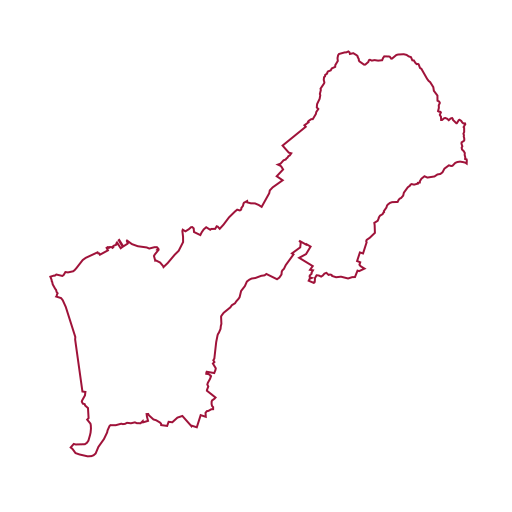 outline of Vadu Crisului, Bihor, Romania, rotated 184°
{"feature_id": "2599482B52238792704347", "entity_name": "Vadu Crisului", "entity_type": "district", "adm_level": 2, "iso_a3": "ROU", "parent_name": "Romania", "parent_adm1": "Bihor", "projection": "albers", "projection_center": [22.467, 46.953], "detail": "fine", "context": "isolated", "style": "outline", "palette": "rose", "viewbox_px": 512, "rotation_deg": 184, "n_neighbors": 0, "source": "geoboundaries", "source_scale": "gbopen_adm2", "svg_char_len": 6021}
<svg xmlns="http://www.w3.org/2000/svg" viewBox="0 0 512 512"><g transform="rotate(184 256 256)"><path d="M178.1,466.5L180.2,465.4L181.7,465.3L187.3,463.3L188.1,462.0L188.5,459.1L188.0,456.3L190.2,452.0L190.2,450.2L193.5,448.4L194.4,446.4L197.1,445.1L197.7,444.0L197.8,442.9L199.6,441.5L199.7,440.0L200.6,439.1L200.7,436.4L199.9,433.9L200.1,433.0L203.3,427.4L202.9,426.1L203.6,422.1L203.1,420.9L203.5,417.2L205.6,412.0L205.7,410.9L205.7,408.4L204.1,407.0L205.9,403.9L206.2,401.8L208.9,396.5L210.4,396.4L212.7,394.6L213.4,393.8L212.9,393.1L216.8,389.8L215.4,388.4L237.2,368.0L230.5,361.4L228.0,360.9L229.3,358.7L230.7,357.8L231.5,356.2L232.5,355.4L233.1,354.3L235.2,353.4L237.9,349.9L240.5,348.7L237.9,347.7L237.0,347.0L235.0,344.2L240.9,337.0L234.7,333.4L244.2,325.6L246.8,322.4L247.2,319.5L253.8,305.4L256.9,307.1L260.7,308.4L264.8,308.2L268.5,308.9L268.7,310.2L271.7,308.3L272.1,307.5L272.5,305.1L274.0,302.8L273.9,302.0L274.2,301.1L275.3,300.3L278.0,300.9L280.0,299.0L285.6,292.7L290.6,285.0L294.1,280.6L296.2,282.6L297.3,282.9L298.6,280.2L302.5,279.9L303.5,279.0L307.7,281.2L310.0,278.9L311.8,275.9L313.0,273.0L319.5,275.6L320.1,279.2L321.6,280.4L322.8,280.2L324.8,278.1L328.1,275.7L330.9,277.1L331.2,275.8L330.1,270.0L329.7,264.8L333.5,255.8L337.2,251.6L343.6,242.8L347.5,238.5L347.9,239.4L351.2,242.8L355.8,244.7L356.2,244.4L357.8,248.9L357.1,250.4L353.8,255.1L355.0,255.4L354.1,256.6L355.5,257.9L357.9,257.7L363.0,256.0L365.6,256.9L374.6,257.5L380.6,259.2L385.7,262.4L385.9,262.0L385.2,260.5L384.6,260.0L385.0,259.3L389.1,256.3L393.6,262.5L394.0,262.1L389.6,256.0L391.5,254.3L395.6,259.8L396.2,258.8L396.2,257.5L398.8,256.2L399.4,255.5L399.0,254.8L399.7,254.1L400.7,254.8L402.5,254.7L402.7,254.1L403.2,253.9L403.4,254.4L404.4,254.6L405.6,253.7L404.1,251.3L411.8,246.4L412.5,247.6L413.5,247.5L414.3,248.6L425.7,242.3L428.6,239.9L434.3,231.4L435.9,229.3L437.3,228.0L442.5,226.5L445.0,226.7L446.6,223.6L447.8,222.6L453.9,223.6L455.4,222.3L456.1,222.4L459.7,221.0L458.2,217.8L458.0,216.6L457.5,215.9L456.8,213.5L454.0,209.2L453.1,208.3L452.4,206.2L451.3,205.0L451.9,203.6L452.0,202.2L452.4,201.6L447.5,200.4L445.7,198.4L442.2,191.9L430.6,162.6L430.6,160.1L419.7,108.7L416.7,108.5L416.9,105.0L419.4,99.7L419.6,98.5L418.4,96.6L416.6,96.3L416.0,94.9L413.0,92.6L411.7,82.6L413.0,81.0L409.9,77.7L409.4,77.1L409.0,75.6L408.6,72.3L408.7,68.3L409.1,65.7L410.3,60.1L411.7,57.8L413.6,56.3L422.8,55.4L424.7,55.8L427.5,52.1L425.5,50.6L422.3,46.8L418.2,45.7L409.9,44.4L406.2,44.9L404.1,45.9L402.2,47.8L399.9,54.6L394.9,62.8L392.2,69.6L391.9,71.7L390.3,76.1L389.4,77.1L384.2,77.4L378.7,79.3L377.1,79.0L375.0,79.4L373.0,80.6L369.1,80.4L365.2,81.6L363.2,80.9L359.5,81.1L357.4,83.5L357.0,82.2L352.2,84.0L353.6,88.2L354.1,90.7L352.5,90.9L351.7,89.6L346.9,85.8L344.2,85.2L340.2,83.2L339.0,82.1L338.8,80.7L332.8,80.3L331.6,84.5L327.9,84.3L323.1,89.3L318.3,91.3L308.6,81.8L308.5,82.3L303.1,81.0L300.1,93.4L294.9,92.1L295.4,96.1L294.2,97.8L292.6,98.2L289.9,100.0L288.1,100.2L288.2,102.2L289.4,103.4L290.0,105.3L290.1,107.7L289.7,108.9L287.6,110.6L286.5,112.0L295.6,118.2L295.6,118.9L294.5,122.5L295.6,124.4L295.2,126.1L293.3,130.2L292.5,132.9L293.1,133.3L293.0,133.6L295.1,134.9L297.4,135.0L297.4,136.1L297.1,137.1L289.5,136.3L288.5,139.5L288.3,141.2L291.5,145.7L290.1,147.3L291.3,149.0L290.4,150.8L289.7,167.4L288.8,174.4L288.3,175.9L287.7,176.8L286.3,180.8L286.2,183.7L285.8,185.9L286.6,193.1L286.3,194.0L284.3,197.1L278.0,203.0L276.7,205.2L273.6,207.4L272.6,209.3L270.5,212.0L269.5,213.7L268.4,220.1L265.0,225.2L263.3,229.9L261.0,231.9L258.8,233.2L255.1,234.0L249.4,236.6L246.1,237.3L244.4,238.8L233.4,234.3L231.2,236.1L229.3,239.3L229.2,242.3L228.7,243.5L227.2,245.2L225.7,249.0L218.7,260.2L220.3,261.1L212.5,267.7L212.3,272.6L214.0,274.3L206.7,270.8L206.5,271.3L202.2,269.2L206.2,261.4L212.8,257.2L198.7,249.9L201.1,246.0L198.2,245.7L199.4,243.3L199.3,242.2L201.0,240.3L201.1,239.0L200.4,238.3L198.9,238.0L200.9,237.0L201.7,235.0L196.5,233.2L196.1,233.5L196.2,234.0L195.6,234.3L195.6,238.2L194.2,241.0L191.9,240.9L189.6,240.0L188.0,241.2L186.5,243.2L184.6,244.1L182.3,242.2L180.9,242.7L179.3,242.4L178.7,241.4L174.6,240.4L169.8,241.3L162.6,240.0L158.6,241.6L155.8,241.9L153.7,248.5L152.1,248.1L146.9,251.0L150.9,253.1L152.2,254.5L151.6,257.0L154.8,258.0L152.6,266.8L149.4,266.0L146.6,277.4L147.1,278.5L146.7,279.8L143.8,282.1L139.0,287.4L139.8,295.1L140.3,297.3L137.1,299.6L136.2,302.2L136.2,302.9L135.1,304.9L132.6,306.6L132.2,307.7L131.3,308.7L131.6,309.6L129.3,313.4L128.8,315.5L128.1,316.5L126.1,318.3L124.0,319.2L118.5,319.8L117.7,321.8L116.7,323.2L115.3,324.0L113.4,326.5L112.9,329.5L109.4,335.1L107.2,337.0L106.9,337.9L105.8,338.6L103.3,338.2L99.5,339.5L99.6,340.3L97.7,340.7L97.7,342.1L96.4,344.6L93.5,347.3L90.5,346.2L83.5,347.8L80.7,350.0L77.8,350.7L75.8,352.5L74.1,356.3L69.9,359.9L67.6,359.4L66.3,359.7L63.7,362.8L61.7,363.8L59.0,364.4L55.9,364.1L53.6,363.7L52.3,362.9L52.4,366.2L52.7,367.1L54.2,367.4L54.1,369.0L54.9,371.4L54.9,373.3L56.0,375.0L57.9,376.6L58.4,378.4L57.8,379.8L58.9,382.5L58.8,383.7L56.6,385.4L56.3,386.1L56.5,388.0L57.1,389.7L57.0,391.1L57.6,392.4L57.0,394.3L57.3,398.3L57.9,399.1L56.4,402.1L56.8,402.9L58.3,402.7L59.5,403.5L60.7,405.1L62.5,406.1L63.2,405.7L64.9,402.5L65.4,402.4L69.0,405.5L69.4,406.7L70.0,407.3L71.5,406.7L73.2,404.9L74.8,406.2L76.9,406.9L78.0,406.5L79.8,404.7L80.8,404.6L81.2,407.8L82.5,409.6L81.6,412.1L82.1,412.7L83.8,412.8L84.5,413.2L83.9,416.5L84.2,419.1L83.3,421.5L84.0,422.8L85.8,423.6L86.2,428.7L90.1,433.2L90.9,436.8L94.4,441.6L96.0,442.7L97.7,444.7L104.1,454.3L105.5,455.0L107.1,458.5L107.8,458.9L109.1,458.6L110.5,459.8L112.2,462.1L113.7,462.1L115.3,465.2L117.6,465.8L119.8,467.1L122.7,467.6L128.3,466.9L130.0,466.3L134.1,462.4L134.9,462.3L136.4,464.1L137.3,464.3L142.0,464.1L143.1,462.3L143.8,460.1L147.8,459.4L151.4,459.7L154.1,459.0L156.1,459.7L157.0,459.2L157.5,457.4L160.3,454.6L161.5,454.4L166.5,457.4L167.1,458.5L167.2,459.6L168.4,461.5L168.5,462.3L169.6,463.3L173.1,465.1L176.4,464.1L176.9,465.6L178.1,466.5Z" fill="none" stroke="#9f1239" stroke-width="2"/></g></svg>